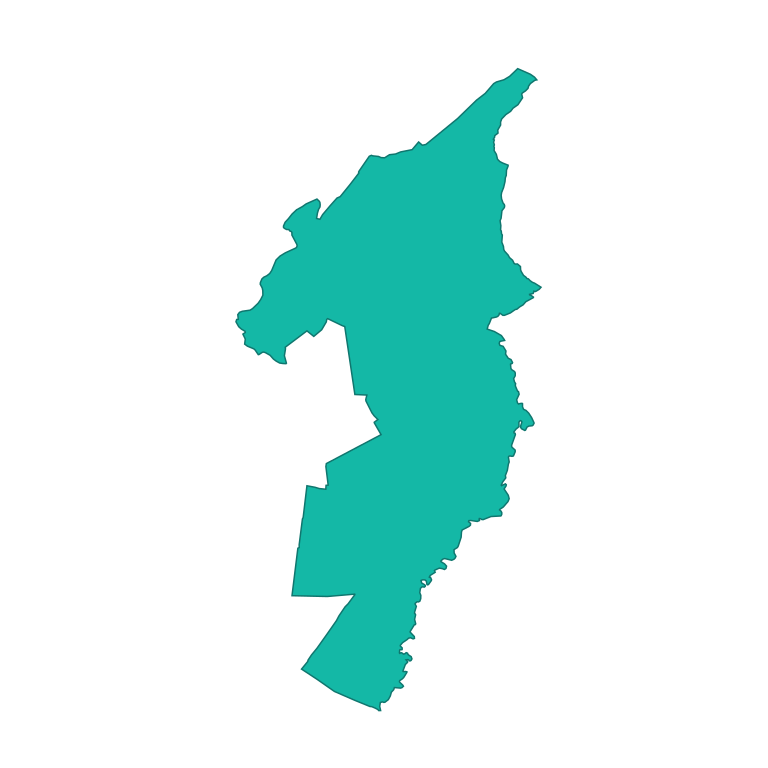 Popesti, Vrancea, Romania (Albers equal-area conic projection), rotated 95°
{"feature_id": "2599482B83039942073934", "entity_name": "Popesti", "entity_type": "district", "adm_level": 2, "iso_a3": "ROU", "parent_name": "Romania", "parent_adm1": "Vrancea", "projection": "albers", "projection_center": [27.079, 45.583], "detail": "fine", "context": "isolated", "style": "filled", "palette": "teal", "viewbox_px": 768, "rotation_deg": 95, "n_neighbors": 0, "source": "geoboundaries", "source_scale": "gbopen_adm2", "svg_char_len": 6150}
<svg xmlns="http://www.w3.org/2000/svg" viewBox="0 0 768 768"><g transform="rotate(95 384 384)"><path d="M675.2,441.3L684.1,424.8L694.6,406.6L701.7,385.4L706.5,369.9L706.5,368.0L707.7,364.4L708.8,361.8L709.8,360.8L709.6,358.9L705.5,360.2L701.6,359.9L700.8,357.9L701.2,356.7L701.0,355.4L698.1,352.2L694.2,350.5L690.4,349.8L687.7,347.7L685.5,347.2L685.5,341.0L684.9,339.6L683.4,338.3L682.4,339.0L679.6,342.5L679.1,342.7L678.1,342.5L676.4,340.3L674.7,338.8L669.3,336.1L668.7,336.1L668.5,337.5L668.8,339.4L668.7,340.0L668.1,340.1L661.6,338.3L659.2,336.3L658.5,336.3L656.9,338.0L656.5,336.4L656.6,335.5L657.6,334.6L657.5,333.6L657.0,332.9L655.4,332.2L653.2,333.2L651.9,335.7L651.2,336.6L650.2,337.0L649.9,337.6L649.7,338.5L650.9,339.7L651.4,341.0L650.3,342.8L650.2,343.6L651.0,344.8L650.6,345.2L647.6,345.2L647.2,344.7L647.2,343.1L647.0,342.8L645.3,342.9L643.6,344.9L642.9,345.0L640.0,342.9L636.5,338.6L635.1,337.4L634.5,335.5L635.4,332.8L634.8,331.5L632.9,331.8L628.8,336.4L628.4,336.4L621.2,332.8L621.0,331.9L620.2,331.5L615.8,333.0L611.2,332.4L610.3,332.9L610.0,333.5L608.5,333.6L602.7,332.4L600.4,333.9L599.8,333.8L598.0,332.0L598.1,330.7L597.3,329.4L594.7,328.7L591.3,328.9L588.8,330.2L584.4,329.9L583.0,328.7L582.7,328.0L582.8,326.1L582.0,325.3L581.2,325.3L580.4,326.0L579.0,329.1L576.5,330.0L575.7,328.4L575.6,326.2L576.6,324.7L580.1,323.7L580.3,323.1L579.9,322.2L575.7,319.7L574.8,319.6L572.6,320.8L572.7,321.9L572.5,322.1L570.7,321.3L567.1,316.6L565.5,317.5L564.9,317.0L562.6,312.9L562.9,309.7L563.5,307.6L562.4,306.2L560.0,305.8L557.9,308.0L556.0,311.8L555.5,312.0L554.3,311.0L553.2,309.9L552.6,308.3L553.7,301.2L552.4,298.9L551.1,297.9L549.4,297.3L546.2,299.4L542.9,299.8L540.5,296.6L538.9,295.9L529.9,293.8L524.6,293.9L522.6,293.4L518.3,286.7L517.1,285.6L515.3,285.6L513.9,287.8L512.7,287.5L512.4,285.6L512.8,279.1L511.7,277.0L510.4,277.5L509.7,277.3L509.9,275.9L510.4,275.1L510.5,273.5L506.7,265.9L505.3,256.3L505.0,255.8L503.4,255.3L501.7,255.5L500.3,256.5L499.5,257.9L498.9,257.9L496.1,254.4L490.4,250.3L487.4,249.3L484.0,250.5L478.1,255.2L474.9,253.5L473.7,253.4L472.9,254.4L475.0,258.0L474.5,258.4L471.2,257.2L466.9,254.5L464.6,255.1L459.3,253.6L452.9,253.1L450.8,252.5L446.0,253.7L445.2,253.4L444.7,252.4L444.9,250.2L444.4,248.8L440.1,247.4L438.4,247.6L435.9,250.9L435.1,251.4L433.7,251.5L423.0,248.7L421.7,249.1L421.4,250.2L420.3,250.4L417.5,248.6L414.7,245.8L410.4,246.3L409.1,245.6L408.6,244.8L409.1,243.7L409.9,243.3L413.3,244.1L415.3,244.1L416.6,243.1L418.0,239.7L417.6,239.0L414.4,237.7L413.3,236.0L412.7,232.8L412.1,232.0L410.1,231.1L409.5,231.2L404.6,234.0L400.4,237.3L397.9,240.3L397.1,242.7L394.7,244.0L391.5,244.3L391.2,244.8L391.6,246.8L392.2,248.3L391.1,249.4L388.1,250.5L382.4,248.5L379.8,249.4L379.5,250.3L375.0,252.7L373.6,253.1L372.2,252.9L370.5,254.2L367.3,255.3L364.4,254.0L361.6,254.2L360.2,255.0L358.8,257.7L357.6,258.9L353.2,259.7L352.7,259.3L352.7,258.6L352.2,258.0L351.4,257.8L348.6,259.6L347.5,262.5L343.7,265.5L340.5,265.4L336.1,268.6L335.4,271.9L333.5,272.8L331.7,272.4L331.2,271.5L330.1,267.6L329.0,268.3L325.5,271.3L322.1,278.6L320.3,286.0L316.3,285.3L314.7,284.4L309.0,282.7L307.5,277.9L306.7,276.5L305.1,275.4L303.5,275.2L303.4,274.6L305.2,271.6L305.1,270.0L302.2,264.3L298.4,259.8L297.9,258.1L295.4,255.6L293.0,252.3L289.7,249.9L284.9,242.7L284.4,242.7L283.1,244.9L282.5,246.7L282.0,246.8L280.8,243.3L278.4,242.7L278.8,241.6L278.2,240.4L276.1,237.6L273.9,236.0L270.4,242.8L269.8,244.9L268.3,247.5L266.7,249.3L266.4,250.9L265.2,251.9L263.6,254.5L259.8,257.2L258.2,257.9L255.1,258.3L252.8,261.5L253.1,263.7L252.5,264.9L249.5,266.7L247.1,270.0L244.7,271.6L241.2,275.4L239.6,276.4L236.5,277.0L232.4,279.0L225.3,279.1L224.1,280.0L221.4,280.5L220.3,281.3L216.0,281.4L211.2,282.6L208.7,281.8L201.1,281.6L197.8,279.5L196.1,279.3L194.7,279.8L193.3,281.2L189.4,283.0L185.8,283.7L183.0,283.5L177.9,282.0L171.9,281.1L168.0,281.1L165.6,280.4L160.2,280.6L156.2,279.4L155.2,279.4L153.5,285.1L152.3,288.0L150.2,290.5L145.4,292.1L141.8,294.7L138.9,294.7L137.6,295.3L136.2,294.9L133.6,295.9L131.3,295.4L130.6,296.4L128.5,295.3L126.9,295.3L124.1,292.3L121.1,292.8L115.9,290.4L112.8,290.7L109.6,289.8L105.0,286.1L101.3,281.6L98.0,279.5L94.1,274.9L86.8,270.9L83.2,272.1L82.1,271.6L79.7,268.6L76.9,266.3L74.6,265.9L71.9,264.3L68.3,260.2L67.7,258.3L65.2,260.8L62.7,265.1L58.2,278.3L66.6,285.7L70.5,291.1L73.3,298.3L75.2,300.9L85.7,308.5L93.1,316.5L113.2,333.9L141.7,363.1L142.8,366.6L139.9,370.6L148.1,376.4L151.3,387.5L153.9,392.6L155.1,398.5L158.6,403.1L158.7,406.7L157.8,409.3L157.7,415.1L157.3,416.5L158.4,418.5L173.9,427.3L175.2,427.8L176.0,427.4L188.5,435.4L201.2,444.0L202.8,447.0L211.1,453.2L220.6,459.9L225.5,462.2L225.0,465.6L219.5,465.2L215.7,464.4L213.2,463.2L211.0,463.2L208.6,463.7L207.5,464.5L205.6,466.9L211.4,477.3L214.4,480.8L218.0,486.2L222.7,490.4L227.6,493.6L231.5,496.6L235.4,497.9L236.9,497.7L237.7,496.6L238.6,494.5L238.4,492.3L239.7,491.3L240.1,489.9L240.9,489.0L243.7,488.7L252.5,483.0L253.9,482.6L255.2,482.9L256.2,483.7L261.9,493.7L265.6,498.7L269.8,502.3L280.8,505.8L283.9,507.5L286.4,510.2L288.1,513.1L290.0,514.8L293.8,516.0L295.4,516.0L298.9,513.7L301.5,512.9L306.1,512.4L310.8,514.3L314.6,516.5L320.3,521.5L322.1,523.8L323.9,531.5L325.2,534.2L327.6,535.7L332.3,534.8L332.6,536.4L334.9,536.9L339.6,533.7L341.7,530.9L343.6,527.0L344.8,526.7L346.6,528.9L351.3,526.1L356.4,526.3L358.2,523.4L360.3,516.8L361.3,515.4L365.7,511.8L365.6,511.2L363.0,507.9L362.7,506.9L363.0,505.1L365.3,500.0L368.8,496.3L370.6,493.4L372.2,489.8L372.4,486.5L372.3,483.4L371.8,483.0L364.5,485.7L357.6,485.2L356.0,485.6L337.8,465.4L342.7,458.1L335.4,450.8L327.2,446.9L324.7,446.7L323.8,445.8L329.5,430.7L330.2,428.1L397.0,412.1L396.5,400.1L401.1,400.8L402.5,400.5L413.8,393.5L416.5,391.1L419.9,387.0L423.0,390.4L423.5,390.3L434.7,382.5L468.3,434.5L471.3,434.7L489.6,430.8L490.0,432.9L493.9,432.8L493.8,439.4L492.9,443.7L492.1,451.9L524.1,452.9L525.5,453.5L551.6,454.5L554.3,454.2L555.1,455.5L602.9,457.2L600.6,421.9L595.9,394.9L596.4,394.7L606.1,400.6L609.3,403.3L619.0,408.7L623.8,410.7L637.7,418.7L653.2,427.8L660.2,432.6L665.7,435.6L667.1,435.8L675.2,441.3Z" fill="#14b8a6" stroke="#0f766e" stroke-width="1.5"/></g></svg>